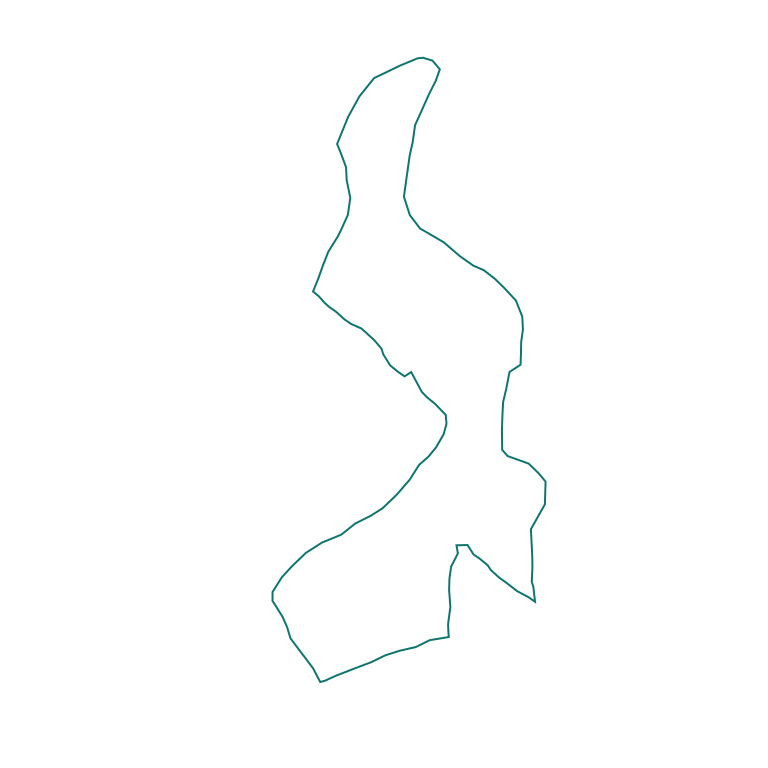 the district of Esan Central, Edo, Nigeria, rotated 148°
{"feature_id": "59680162B14396821090751", "entity_name": "Esan Central", "entity_type": "district", "adm_level": 2, "iso_a3": "NGA", "parent_name": "Nigeria", "parent_adm1": "Edo", "projection": "natural_earth1", "projection_center": [6.254, 6.706], "detail": "fine", "context": "isolated", "style": "outline", "palette": "teal", "viewbox_px": 768, "rotation_deg": 148, "n_neighbors": 0, "source": "geoboundaries", "source_scale": "gbopen_adm2", "svg_char_len": 2182}
<svg xmlns="http://www.w3.org/2000/svg" viewBox="0 0 768 768"><g transform="rotate(148 384 384)"><path d="M371.3,119.3L365.0,132.5L363.4,138.1L355.6,149.4L351.7,155.8L347.7,162.6L336.4,183.0L311.3,196.7L298.7,215.6L298.8,216.5L300.3,226.8L303.5,239.8L317.3,257.3L318.7,265.5L311.6,277.2L308.9,281.7L308.8,281.8L305.8,286.3L300.5,294.2L292.6,305.5L283.1,314.9L271.2,327.7L258.0,328.0L253.6,334.4L245.2,347.2L237.3,356.6L231.0,367.9L229.5,376.2L227.9,384.8L231.1,401.6L234.3,414.7L239.1,427.7L245.5,437.0L251.8,451.9L254.9,461.7L258.2,472.4L268.9,492.8L271.0,496.6L272.6,513.5L267.9,532.2L255.3,547.3L248.9,554.9L241.0,564.3L231.6,573.8L220.5,587.0L206.3,596.5L192.0,606.1L179.4,613.7L169.9,621.3L171.5,632.5L177.9,639.9L181.7,641.8L182.9,642.4L201.6,645.5L214.5,646.9L230.2,648.7L252.3,641.0L272.9,629.5L296.6,612.4L298.2,603.0L301.3,588.0L307.6,576.7L313.9,559.8L325.0,546.6L339.2,537.1L345.5,533.3L361.3,525.6L374.0,516.1L383.5,508.5L391.4,502.8L395.2,500.0L392.9,493.4L391.3,484.1L389.7,478.5L386.5,471.0L383.3,459.8L380.1,452.4L373.8,443.1L372.2,437.7L370.6,431.9L369.0,426.3L367.4,415.1L368.9,409.5L368.9,409.2L368.9,398.3L368.9,396.4L365.7,387.0L362.5,379.6L354.6,379.7L355.1,372.9L356.1,357.2L354.5,349.7L352.3,343.2L351.3,340.4L348.0,325.0L350.3,320.9L350.9,319.3L352.3,316.9L360.2,309.7L373.4,302.7L384.5,298.9L397.1,296.8L413.0,289.2L417.9,287.7L430.2,283.9L432.0,283.4L433.1,283.1L445.2,280.6L447.9,280.0L450.9,279.4L465.2,279.3L478.9,280.6L479.2,280.6L482.6,280.9L486.7,280.4L500.1,278.9L520.7,282.4L527.5,282.3L539.7,282.2L558.7,278.2L572.9,274.3L575.0,273.3L588.7,266.7L593.5,259.1L593.4,253.5L593.4,240.4L593.6,238.9L595.0,229.2L598.1,217.9L596.4,198.3L596.0,194.3L595.2,184.9L594.8,180.5L596.0,165.1L591.6,163.7L578.9,162.0L560.9,158.6L560.7,158.6L559.9,158.4L542.5,154.9L526.6,153.2L512.4,149.6L496.5,144.1L480.9,142.5L480.7,142.4L463.2,135.1L460.1,140.8L456.9,146.4L445.9,159.7L438.0,174.7L431.7,184.2L423.8,193.6L417.9,197.1L411.1,201.2L408.0,208.8L405.1,207.1L398.5,203.2L398.4,192.0L395.2,184.6L392.1,175.2L392.0,169.6L388.8,158.4L385.7,151.0L380.9,137.9L378.5,133.7L377.7,132.3L374.5,126.8L371.3,119.3Z" fill="none" stroke="#0f766e" stroke-width="2"/></g></svg>